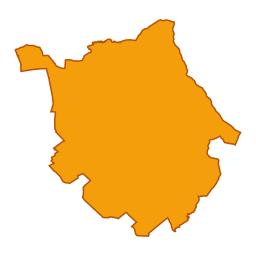 Odobesti, Bacau, Romania
{"feature_id": "2599482B55659261713862", "entity_name": "Odobesti", "entity_type": "district", "adm_level": 2, "iso_a3": "ROU", "parent_name": "Romania", "parent_adm1": "Bacau", "projection": "robinson", "projection_center": [27.145, 46.672], "detail": "fine", "context": "isolated", "style": "filled", "palette": "amber", "viewbox_px": 256, "rotation_deg": 0, "n_neighbors": 0, "source": "geoboundaries", "source_scale": "gbopen_adm2", "svg_char_len": 5679}
<svg xmlns="http://www.w3.org/2000/svg" viewBox="0 0 256 256"><path d="M174.2,22.2L168.7,20.5L166.4,20.0L165.3,20.1L163.4,20.7L162.9,20.7L160.7,19.9L160.5,20.1L158.7,20.4L157.7,21.1L156.3,22.3L154.4,23.2L151.4,25.3L149.6,26.3L148.2,27.7L146.8,28.6L145.2,28.8L143.8,29.4L142.6,30.3L142.1,30.8L141.5,31.9L141.0,32.5L140.7,33.7L138.5,35.4L138.1,36.6L135.7,40.5L132.2,40.1L130.4,39.8L126.2,40.0L125.6,40.1L125.0,40.4L122.8,40.9L121.0,41.7L120.3,41.8L120.1,42.6L119.9,42.5L119.7,41.9L117.0,42.5L115.9,42.1L115.2,41.6L114.2,41.2L113.9,41.4L113.9,42.3L113.6,42.4L111.7,41.8L111.5,41.5L111.5,40.1L110.5,39.9L109.7,39.2L108.4,39.2L107.2,39.5L106.6,40.6L104.7,41.2L104.6,41.3L105.1,41.9L105.0,42.1L104.4,42.1L104.0,42.3L103.1,42.0L103.1,42.6L102.9,42.6L102.7,42.5L102.5,41.7L102.0,41.6L101.8,41.8L101.7,42.4L101.3,42.4L101.2,41.4L101.1,41.1L99.9,41.5L100.0,42.0L99.8,42.3L99.2,42.4L98.8,42.2L98.5,41.3L97.4,41.7L97.0,42.3L95.9,42.7L95.7,42.0L95.5,41.9L94.4,42.2L93.5,42.3L93.7,42.9L93.6,43.5L93.3,43.5L92.6,42.9L92.5,43.3L93.3,44.3L93.1,44.7L92.6,44.6L91.1,45.3L88.2,46.2L87.7,46.6L87.8,47.2L88.9,49.0L89.3,49.3L90.9,49.5L91.0,51.1L90.8,52.4L88.8,52.9L88.0,53.3L84.5,55.7L82.5,59.9L82.1,60.3L81.5,60.6L80.0,60.9L78.0,61.1L75.8,60.9L75.3,61.1L74.7,61.1L70.5,59.9L68.8,59.8L65.5,59.9L64.9,68.4L61.5,68.3L57.5,66.5L56.4,66.1L55.9,65.5L55.4,64.1L53.5,62.1L52.9,60.9L51.2,59.1L48.5,55.7L47.5,55.4L45.7,55.5L43.9,55.7L43.1,55.5L42.1,51.8L39.7,47.3L38.2,47.2L37.3,47.0L35.9,46.6L33.8,45.6L33.2,45.5L31.2,45.6L28.9,45.5L27.0,44.8L26.6,44.8L24.3,46.2L23.4,46.9L21.0,47.3L20.4,47.6L18.2,48.9L16.6,49.2L15.9,49.4L15.4,49.8L15.5,50.4L15.5,50.8L15.9,51.5L16.6,52.8L16.6,53.4L17.5,55.8L18.4,55.7L18.4,56.2L18.0,56.9L18.5,57.6L19.4,60.3L20.5,62.8L20.8,63.6L20.8,64.6L21.0,64.9L21.0,65.4L20.8,65.8L21.0,71.4L33.9,69.4L42.2,68.7L46.5,68.6L46.9,70.9L48.5,76.9L49.2,79.9L49.8,83.3L50.1,85.1L50.3,85.5L52.4,96.2L53.2,102.6L53.3,103.8L53.1,104.7L50.9,111.8L51.9,111.7L55.5,112.0L54.7,120.1L54.9,129.1L55.3,129.5L56.1,131.2L55.8,131.9L59.4,135.6L64.3,140.8L63.8,140.8L63.4,141.1L53.8,148.1L54.0,148.2L54.1,148.8L54.7,149.8L55.5,149.2L56.2,150.4L56.9,150.7L58.0,151.8L55.0,153.5L54.9,154.1L55.1,155.4L54.9,155.8L52.5,156.7L51.7,157.3L51.5,157.6L52.4,159.2L52.3,159.5L51.8,159.9L51.2,160.9L51.6,161.0L53.0,162.8L53.5,162.7L54.0,163.3L49.5,165.5L49.3,165.6L49.5,165.8L49.5,166.0L54.1,171.1L54.9,171.5L55.8,172.1L60.4,176.8L62.3,180.5L63.1,181.6L64.8,182.6L68.6,183.1L70.4,183.0L78.1,177.9L77.7,175.8L79.0,175.4L82.5,173.7L82.9,173.7L83.9,174.5L90.5,180.5L89.8,181.0L88.1,182.7L84.7,185.5L84.3,186.2L83.3,187.3L83.3,188.7L83.2,189.2L83.4,190.1L83.5,192.6L83.1,195.9L82.6,197.1L82.8,197.7L83.6,198.9L84.3,199.9L101.8,216.2L102.9,217.3L103.5,217.6L108.8,217.7L109.1,217.1L109.4,216.9L110.7,216.9L114.6,217.4L115.5,218.0L116.8,217.9L118.4,218.6L119.0,217.9L126.1,212.3L128.7,215.0L136.4,222.1L131.6,226.6L133.1,227.1L134.4,228.9L134.7,229.8L135.1,231.9L135.9,234.3L136.5,235.2L137.0,235.5L138.1,235.7L148.4,236.1L149.0,234.4L148.5,233.4L160.7,223.3L167.6,217.8L168.9,219.9L169.4,221.5L170.8,223.8L171.3,225.2L171.7,227.5L172.2,228.8L172.9,230.1L174.7,231.6L175.5,231.3L175.3,230.7L174.7,229.8L174.7,229.5L174.8,229.2L175.3,229.0L175.3,228.7L176.3,228.2L176.2,227.9L178.0,227.2L178.7,226.9L179.1,227.2L179.5,227.1L179.3,226.5L179.5,226.2L179.6,225.1L181.0,224.7L187.7,220.4L187.9,220.1L188.0,219.4L187.5,219.1L187.6,218.8L188.1,218.4L188.9,218.0L189.0,217.7L188.7,217.6L188.8,216.5L187.9,217.0L187.4,217.0L187.1,216.8L187.0,216.2L187.6,215.5L187.9,214.7L188.0,214.4L187.8,213.7L188.0,213.6L188.3,213.8L188.7,214.3L189.5,214.2L189.8,213.9L190.0,213.8L190.3,213.8L191.2,213.4L191.8,212.7L193.5,212.2L193.4,211.8L194.0,211.2L194.2,210.6L194.8,210.5L194.9,209.3L195.5,207.7L195.8,207.7L196.4,206.5L195.9,205.7L196.1,204.8L198.1,202.1L198.8,200.8L199.0,200.0L199.1,198.9L198.3,196.3L199.5,196.5L204.5,195.9L205.3,196.1L206.7,196.0L209.9,191.6L211.3,189.5L213.7,187.0L216.0,183.8L216.6,182.9L216.9,181.9L217.6,180.8L218.8,178.4L218.6,178.2L218.7,177.5L219.1,176.9L220.1,175.6L220.7,174.2L220.5,172.9L220.2,171.9L219.7,171.0L219.6,169.7L219.1,167.2L218.3,164.2L218.5,161.9L218.7,161.3L218.7,160.4L218.4,159.6L218.0,159.1L215.4,158.6L213.6,158.1L212.8,158.3L211.9,158.1L210.7,157.6L208.6,155.8L207.3,154.2L207.1,153.2L207.2,151.4L207.7,149.9L208.0,149.2L208.7,148.6L208.7,148.2L207.9,146.3L208.3,145.1L208.9,144.0L209.8,141.9L209.4,140.2L210.7,139.6L211.5,139.7L214.3,138.9L217.2,137.7L219.7,136.1L220.1,136.4L221.0,137.4L221.4,138.2L221.8,138.4L222.5,139.1L223.0,139.4L223.4,140.1L223.5,141.0L225.0,142.8L225.5,142.7L226.0,142.5L226.4,142.8L228.2,143.5L228.8,143.3L229.4,143.4L231.2,143.9L232.5,143.8L233.1,144.2L233.8,144.2L234.4,144.5L234.8,144.5L235.2,144.9L238.0,138.2L238.5,136.1L240.6,132.5L236.6,130.7L234.2,129.2L233.1,127.6L231.1,125.8L225.9,122.3L223.9,121.2L223.4,120.8L222.4,119.8L222.2,119.5L222.0,118.9L221.7,118.4L220.9,117.5L220.4,115.8L218.9,114.0L216.0,111.1L215.4,110.1L215.1,109.2L213.5,107.1L212.3,106.0L212.0,105.4L211.5,103.5L211.2,101.3L210.2,99.1L206.8,96.5L206.5,95.9L206.0,93.5L205.4,92.4L203.6,90.1L202.4,88.1L201.7,87.6L198.7,86.2L196.5,84.7L195.6,83.6L195.4,83.2L195.2,82.2L194.6,81.1L193.4,79.9L192.1,78.5L191.1,77.8L187.7,76.1L186.7,75.3L186.4,74.6L186.3,74.1L187.3,72.0L187.5,70.1L186.4,68.4L186.1,66.3L186.1,65.7L185.4,64.7L185.0,63.6L184.2,62.0L182.4,59.9L182.0,58.9L181.8,57.0L180.8,54.5L179.9,52.8L179.4,49.6L178.0,47.8L176.0,45.9L175.3,45.1L174.5,43.8L173.3,41.3L173.4,40.6L173.7,39.7L173.8,38.8L173.4,36.8L173.5,36.0L173.6,35.1L174.1,34.4L173.7,32.5L173.0,30.8L172.7,29.1L172.7,28.4L173.3,27.2L174.0,25.0L174.2,24.1L174.2,22.2Z" fill="#f59e0b" stroke="#b45309" stroke-width="1.5"/></svg>